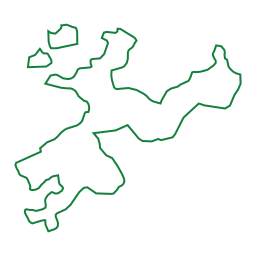 an SVG outline of Solothurn
{"feature_id": "CHE-3426", "entity_name": "Solothurn", "entity_type": "Canton", "adm_level": 1, "iso_a3": "CHE", "parent_name": "Switzerland", "parent_adm1": "", "projection": "mercator", "projection_center": [7.597, 47.288], "detail": "fine", "context": "isolated", "style": "outline", "palette": "green", "viewbox_px": 256, "rotation_deg": 0, "n_neighbors": 0, "source": "natural_earth", "source_scale": "10m", "svg_char_len": 3136}
<svg xmlns="http://www.w3.org/2000/svg" viewBox="0 0 256 256"><path d="M85.5,112.2L88.4,112.0L88.8,110.6L89.2,108.0L88.9,105.9L88.4,103.9L87.4,102.5L86.6,101.5L84.1,100.8L78.7,96.4L75.7,91.2L72.9,89.2L70.2,88.3L67.8,88.4L61.4,87.8L45.4,83.7L50.5,75.6L55.0,74.6L57.3,75.0L63.0,78.3L68.3,79.1L71.5,78.3L73.9,76.7L75.3,74.5L76.5,72.4L77.5,69.9L78.7,68.9L80.0,68.3L89.5,67.5L91.2,67.0L91.6,66.0L90.9,64.4L90.5,62.5L90.8,59.7L92.6,59.0L100.0,58.4L104.1,54.2L107.9,43.4L107.7,42.3L106.8,40.5L101.8,38.0L103.9,32.6L106.6,31.9L115.5,32.9L116.8,32.0L117.6,30.7L117.6,28.7L120.3,28.9L134.4,37.6L135.5,38.9L136.5,40.7L134.9,42.8L133.4,45.7L132.5,47.2L131.1,48.3L129.8,49.2L128.9,50.0L128.2,51.3L127.9,52.8L127.8,59.0L126.7,63.1L124.0,66.5L122.5,67.3L114.7,69.6L111.6,70.4L111.3,74.5L111.6,78.1L112.2,80.9L114.0,87.1L115.1,88.4L116.8,89.1L128.4,88.0L136.6,90.0L143.6,93.7L146.8,96.1L149.3,99.0L151.5,100.5L153.5,101.5L160.5,103.5L161.7,100.2L166.8,91.3L170.9,88.6L177.8,86.6L180.2,84.7L188.3,81.0L189.2,79.8L190.3,77.6L192.1,72.4L193.8,71.9L196.4,72.1L200.6,71.7L207.6,69.8L213.8,65.2L215.8,62.7L215.6,60.4L214.4,58.6L213.5,56.7L212.9,54.9L212.9,53.8L214.4,50.6L216.2,45.4L221.3,46.3L224.2,49.8L224.7,51.4L224.8,53.0L224.5,54.0L224.9,58.4L227.1,59.7L228.5,66.5L230.1,68.7L232.9,71.5L236.1,73.3L240.3,74.5L240.6,83.7L238.2,89.3L234.5,94.9L230.0,105.5L227.3,107.2L225.0,108.5L203.9,105.3L201.1,104.2L198.7,103.6L184.0,117.1L183.1,118.4L175.1,134.2L172.6,137.3L161.2,140.1L158.1,139.0L151.7,141.4L142.6,141.0L138.7,138.5L127.6,125.1L115.6,130.4L93.6,133.2L98.3,138.8L98.8,140.7L99.8,144.2L100.0,147.9L106.2,155.3L112.2,158.1L117.5,165.9L122.2,174.4L123.9,178.4L124.4,181.2L123.9,182.7L123.1,184.2L122.0,185.3L118.9,186.9L116.9,190.0L113.4,193.6L111.4,193.9L96.2,193.4L87.4,187.3L83.7,187.9L79.1,192.3L70.4,205.0L65.7,209.3L56.9,213.4L55.7,214.8L55.8,216.9L57.5,221.2L58.0,223.5L57.7,226.3L56.6,227.9L54.5,229.2L48.4,231.3L45.5,224.7L45.3,220.3L44.5,220.1L41.7,220.6L32.3,223.4L31.1,222.8L29.2,221.2L27.2,217.0L26.1,215.2L25.2,213.3L24.8,211.8L25.3,209.7L26.4,209.3L30.2,210.0L32.3,209.9L35.6,210.8L37.2,210.7L43.0,209.1L45.5,207.6L45.8,205.3L45.1,200.6L45.7,198.3L47.8,195.2L51.4,192.2L52.5,192.2L54.1,193.1L56.1,193.6L58.4,193.1L62.0,190.6L63.1,188.1L62.0,186.3L60.5,185.1L59.4,183.8L58.9,181.5L58.1,175.3L53.0,176.3L51.3,177.2L48.8,179.3L46.1,180.0L44.3,182.1L41.4,184.8L38.8,188.1L36.1,189.5L32.7,190.1L30.7,189.7L29.9,189.1L30.1,188.1L30.3,187.0L30.1,185.5L27.8,180.0L27.0,178.4L25.4,177.3L21.8,175.9L20.2,175.0L19.1,173.7L18.2,170.8L17.0,169.1L15.4,165.1L16.2,162.8L40.9,151.7L40.1,148.3L47.1,142.3L54.4,139.3L57.5,136.7L61.2,132.5L64.0,130.3L66.3,128.8L77.1,125.4L80.2,123.2L82.2,120.9L84.7,113.4L85.5,112.2ZM55.4,33.6L60.4,29.0L61.0,28.2L61.4,26.8L61.5,25.6L61.4,25.4L66.7,24.7L73.0,27.2L75.7,27.7L76.5,29.4L77.1,31.0L77.3,43.9L56.4,48.3L51.0,48.2L50.3,47.0L49.8,45.9L48.7,42.0L48.3,31.2L51.1,33.0L55.4,33.6ZM29.2,57.3L35.2,54.9L39.9,48.8L40.0,48.9L41.6,51.4L42.0,51.9L42.8,52.7L43.7,53.3L44.5,53.4L46.7,53.4L47.5,53.7L48.2,54.6L51.2,59.9L51.5,61.3L51.3,63.1L46.4,66.5L27.9,67.2L29.2,57.3Z" fill="none" stroke="#15803d" stroke-width="2"/></svg>